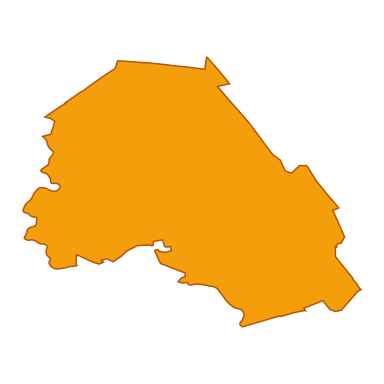 the district of Mazsalacas pag., Mazsalacas, Latvia
{"feature_id": "27541924B83250469425555", "entity_name": "Mazsalacas pag.", "entity_type": "district", "adm_level": 2, "iso_a3": "LVA", "parent_name": "Latvia", "parent_adm1": "Mazsalacas", "projection": "equal_earth", "projection_center": [25.052, 57.893], "detail": "fine", "context": "isolated", "style": "filled", "palette": "amber", "viewbox_px": 384, "rotation_deg": 0, "n_neighbors": 0, "source": "geoboundaries", "source_scale": "gbopen_adm2", "svg_char_len": 5794}
<svg xmlns="http://www.w3.org/2000/svg" viewBox="0 0 384 384"><path d="M341.3,310.2L351.5,298.6L358.0,291.0L361.0,289.7L360.2,288.8L359.8,288.5L359.4,288.0L358.3,286.5L357.9,285.9L357.4,284.6L357.2,284.3L353.4,279.9L353.5,279.8L352.8,278.3L351.8,277.0L348.1,272.4L344.4,267.8L343.1,266.1L342.5,265.9L342.5,265.4L340.4,262.8L339.4,261.6L335.7,256.9L335.5,256.6L335.4,246.8L335.4,246.7L336.6,247.0L336.9,247.0L336.4,245.5L336.4,245.4L337.5,244.0L337.8,244.1L339.5,243.3L341.2,243.1L344.6,236.9L340.2,227.0L338.2,222.4L337.8,221.4L332.8,210.4L338.8,207.9L324.7,191.4L324.3,190.7L316.4,181.1L306.9,165.7L299.5,165.6L291.5,173.1L285.4,171.1L280.2,160.0L272.9,154.7L268.3,148.8L255.2,131.0L250.0,124.2L245.9,119.1L227.5,98.3L217.5,86.4L229.6,83.8L219.0,70.8L208.5,58.7L207.2,57.7L206.8,57.2L206.7,57.3L206.0,60.6L205.0,69.2L184.1,66.7L180.1,66.3L176.1,66.0L166.4,64.8L159.8,64.0L147.3,62.8L139.6,62.4L134.3,61.9L117.6,60.8L115.1,68.6L106.2,74.3L99.1,79.2L94.4,82.6L90.4,85.4L83.5,90.5L80.3,92.3L65.5,102.6L66.0,102.9L57.2,108.6L44.9,117.0L51.0,118.6L54.8,121.4L53.0,127.6L52.4,128.8L50.7,134.3L47.9,135.0L42.6,136.4L43.7,137.3L44.1,137.6L45.7,139.4L46.1,140.0L46.3,140.3L46.5,140.8L46.7,141.6L46.9,142.1L47.1,142.7L47.2,143.3L47.4,144.0L47.8,145.2L48.4,146.5L49.5,147.9L49.8,148.4L50.1,148.8L51.2,149.9L51.8,150.4L52.3,150.7L52.8,151.2L53.1,151.7L53.4,152.1L53.5,152.5L53.3,153.4L53.1,153.8L52.2,154.9L51.5,156.1L50.9,156.8L50.4,157.4L49.4,158.8L49.2,159.2L49.1,159.6L49.0,160.2L49.2,161.1L49.2,161.6L48.8,163.0L48.6,163.9L48.4,164.3L48.0,164.8L47.5,165.2L45.9,166.3L45.6,166.6L44.2,167.6L42.1,169.0L41.3,169.7L41.0,170.1L40.9,170.4L40.9,171.0L41.2,171.5L41.5,171.8L41.9,172.1L43.0,172.6L44.7,173.0L46.1,173.4L46.5,173.6L46.9,173.8L47.0,174.0L47.6,174.6L47.9,175.0L48.4,175.6L50.2,178.4L50.5,179.1L50.7,179.7L50.7,181.5L50.8,182.5L51.3,183.0L51.7,183.3L52.2,183.4L53.0,183.5L56.4,183.4L57.1,183.4L57.6,183.6L58.4,184.2L59.4,185.3L59.8,185.8L60.0,186.2L60.2,187.0L60.1,187.4L59.9,187.8L58.7,189.0L58.1,189.8L57.5,190.3L56.5,190.8L54.6,191.2L53.2,191.3L52.1,191.0L50.9,190.6L49.8,190.3L48.1,189.5L46.4,188.6L44.4,187.8L43.0,187.7L41.9,187.6L41.0,187.7L40.3,187.8L39.7,187.9L38.5,188.4L38.1,188.7L37.5,189.3L36.9,190.0L35.6,191.4L34.5,192.8L34.0,193.4L33.9,193.8L33.6,194.3L33.1,195.2L32.6,196.5L32.2,197.0L31.8,197.9L31.5,198.5L30.8,199.4L29.8,200.5L28.7,201.6L28.2,201.9L27.8,202.1L27.4,202.5L26.4,203.4L26.0,203.8L25.8,204.1L24.7,205.9L24.2,207.0L24.0,207.6L23.6,208.6L23.4,209.8L23.2,210.1L23.0,210.6L23.1,210.9L23.3,211.4L23.6,211.7L24.2,212.3L25.2,212.8L26.3,213.1L26.9,213.3L27.5,213.4L27.9,213.5L28.5,213.8L29.0,214.2L30.0,215.5L30.3,215.8L31.7,216.4L32.4,216.7L33.2,217.0L34.2,217.1L35.2,217.3L35.7,217.3L36.7,217.5L36.9,217.8L36.9,218.6L36.9,219.1L36.8,219.6L36.8,220.3L36.8,220.5L36.4,221.3L36.3,221.7L36.3,222.3L36.4,223.2L36.1,224.3L35.7,225.3L35.5,225.5L35.3,225.7L34.7,226.1L30.5,227.4L28.9,228.1L28.4,228.5L28.0,228.9L27.7,229.5L26.7,232.0L26.4,233.1L26.3,234.1L26.1,234.6L25.8,235.2L24.6,237.1L24.3,237.6L24.3,237.9L24.3,238.0L24.5,238.6L24.9,238.9L25.9,239.5L27.3,240.1L28.1,240.3L29.6,240.1L30.3,240.0L31.6,239.9L32.4,240.0L33.7,240.2L34.7,240.5L35.9,241.2L36.8,241.8L38.0,242.7L39.0,243.3L40.0,243.6L40.8,243.8L41.7,244.0L43.7,244.0L44.4,244.2L45.2,244.4L46.4,245.2L46.8,245.6L47.0,246.0L47.2,246.9L47.1,247.6L46.8,248.3L46.5,249.0L46.4,249.3L46.3,250.4L46.1,251.2L46.1,252.3L46.3,253.3L46.4,254.1L47.0,255.1L47.4,255.5L48.3,256.6L49.3,257.5L49.9,258.2L50.4,259.0L50.5,259.2L50.5,259.6L50.2,260.2L49.2,261.5L49.0,262.6L49.1,263.1L49.2,263.7L49.7,264.6L50.1,265.2L51.0,266.3L52.9,267.8L53.3,268.1L54.0,268.3L56.0,268.8L56.7,268.9L57.8,268.9L59.7,268.7L61.6,268.5L62.6,268.3L64.6,267.9L68.3,266.9L70.1,266.6L72.4,266.4L73.3,266.3L77.0,265.6L76.9,265.2L76.1,263.7L76.4,255.3L77.2,255.4L77.1,254.8L93.4,262.3L99.1,264.1L99.7,263.7L101.1,263.3L103.4,262.2L101.9,260.9L102.1,260.8L101.4,260.2L105.9,259.0L107.1,258.9L113.2,261.8L113.8,261.3L115.0,260.5L121.6,256.0L122.0,255.7L124.2,253.4L126.5,251.5L127.7,250.6L128.5,250.2L129.2,249.8L131.5,248.7L134.1,247.3L136.0,246.2L137.4,245.6L146.1,245.2L150.7,245.0L151.9,246.0L153.4,245.0L153.3,241.4L162.5,239.9L164.7,246.3L164.9,246.5L165.1,246.7L166.6,247.1L170.4,246.6L170.4,246.9L170.7,247.8L171.5,249.9L171.7,250.4L170.2,250.8L170.3,251.0L165.3,252.4L165.0,252.3L160.6,251.5L159.4,251.6L157.9,249.5L154.6,250.4L156.5,254.9L157.0,255.8L159.3,261.2L159.5,261.2L160.3,263.0L160.7,263.6L167.6,266.2L174.5,269.0L185.1,272.9L185.2,276.4L181.1,278.1L179.1,280.6L178.9,280.9L178.1,281.8L179.4,282.0L181.3,282.7L182.3,283.0L183.9,282.9L185.1,282.7L186.3,282.5L187.2,282.8L188.1,283.3L188.2,283.8L188.4,284.3L189.1,284.8L190.2,285.0L192.5,284.7L193.5,284.5L194.3,284.5L194.8,284.2L195.9,284.1L197.0,284.1L198.5,284.2L200.2,284.3L201.1,284.5L205.4,285.1L207.2,285.5L208.9,285.9L210.5,286.2L212.6,286.4L215.2,287.4L216.5,288.2L217.6,289.0L218.9,290.9L220.8,293.2L221.5,294.2L222.8,295.8L224.1,297.6L225.8,300.0L226.8,301.3L229.4,303.9L231.1,305.3L232.5,306.3L234.0,307.3L235.6,308.0L237.3,308.4L239.6,309.0L240.2,309.2L241.3,309.7L241.6,309.9L242.2,310.5L242.6,311.1L243.0,311.7L243.3,312.4L243.8,313.5L244.0,314.3L244.0,315.0L243.9,316.1L243.1,318.2L242.4,319.5L240.9,321.8L240.4,322.4L240.0,322.9L239.9,323.9L240.0,324.3L240.0,324.5L240.5,325.3L241.0,325.7L242.0,326.4L242.7,326.8L277.6,316.5L277.8,316.1L279.1,316.3L280.0,316.4L280.9,316.3L282.2,316.2L283.1,315.9L284.7,315.3L289.7,314.0L291.9,313.2L293.8,312.7L303.6,310.7L304.5,310.6L305.1,310.6L305.4,310.7L304.0,308.2L306.1,307.3L323.0,300.7L323.3,301.3L324.7,303.1L330.3,309.8L331.4,310.1L333.1,310.6L333.3,310.8L335.1,311.3L335.5,311.5L336.0,311.5L337.4,311.1L338.1,311.0L338.4,310.8L339.2,310.7L340.1,310.4L340.5,310.4L341.3,310.2Z" fill="#f59e0b" stroke="#b45309" stroke-width="1.5"/></svg>